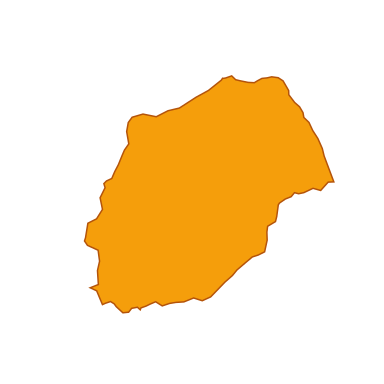 the district of Anarita, Paphos, Cyprus, rotated 224°
{"feature_id": "46923920B9699971041425", "entity_name": "Anarita", "entity_type": "district", "adm_level": 2, "iso_a3": "CYP", "parent_name": "Cyprus", "parent_adm1": "Paphos", "projection": "natural_earth1", "projection_center": [32.54, 34.745], "detail": "fine", "context": "isolated", "style": "filled", "palette": "amber", "viewbox_px": 384, "rotation_deg": 224, "n_neighbors": 0, "source": "geoboundaries", "source_scale": "gbopen_adm2", "svg_char_len": 1412}
<svg xmlns="http://www.w3.org/2000/svg" viewBox="0 0 384 384"><g transform="rotate(224 192 192)"><path d="M147.4,71.3L148.2,73.2L145.8,78.0L144.2,82.4L141.9,87.8L134.3,89.4L130.7,96.3L126.9,101.4L121.5,107.3L117.2,116.9L109.1,120.9L105.7,129.5L105.7,136.4L105.7,143.3L105.7,150.3L104.9,160.0L105.5,167.2L104.4,178.6L103.5,187.2L100.6,192.6L98.2,199.4L104.5,209.6L110.3,215.2L113.8,219.9L111.4,228.7L114.0,233.2L121.0,242.7L121.4,244.8L120.0,251.8L117.4,257.5L117.8,262.7L114.1,264.8L111.1,269.2L107.5,278.7L100.5,282.5L100.9,293.7L97.0,297.8L122.0,309.7L128.5,313.8L138.6,317.9L147.9,320.1L156.2,323.3L163.3,323.3L167.3,326.2L173.8,328.0L180.4,327.7L189.9,329.2L192.9,332.1L203.7,335.2L209.4,334.1L214.7,330.2L217.3,326.2L220.6,322.3L222.2,317.4L223.1,313.9L227.8,309.8L234.7,305.4L238.6,303.1L244.1,303.1L247.1,297.2L248.9,294.9L249.0,294.9L248.6,292.8L250.7,276.5L254.9,263.0L259.4,243.6L265.7,233.8L270.0,221.3L281.4,214.0L287.0,204.2L286.1,197.7L281.0,190.1L270.9,182.7L269.7,175.2L267.7,169.9L263.9,160.4L261.8,153.2L259.1,146.0L261.2,140.5L261.2,136.8L257.5,134.7L254.1,124.0L244.3,117.3L242.0,106.4L245.2,97.2L236.8,85.1L235.3,82.1L230.1,81.0L219.1,84.9L210.4,78.0L205.4,69.8L195.1,60.4L198.7,52.4L191.9,54.7L184.5,51.5L178.2,48.8L177.0,51.8L174.5,56.6L170.3,57.5L166.9,56.9L161.9,57.0L157.8,57.1L154.1,61.5L154.6,66.4L151.2,71.2L147.4,71.3Z" fill="#f59e0b" stroke="#b45309" stroke-width="1.5"/></g></svg>